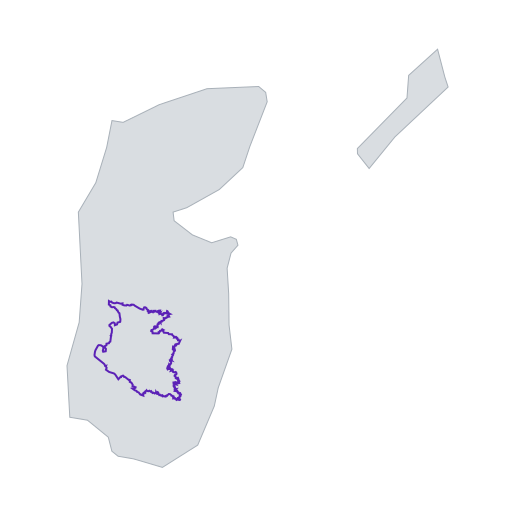 Nablus, West Bank, Palestine (highlighted), rotated 183°
{"feature_id": "87354302B42764778113026", "entity_name": "Nablus", "entity_type": "district", "adm_level": 2, "iso_a3": "PSE", "parent_name": "Palestine", "parent_adm1": "West Bank", "projection": "natural_earth1", "projection_center": [35.262, 32.179], "detail": "fine", "context": "in_parent", "style": "outline", "palette": "violet", "viewbox_px": 512, "rotation_deg": 183, "n_neighbors": 0, "source": "geoboundaries", "source_scale": "gbopen_adm2", "svg_char_len": 6817}
<svg xmlns="http://www.w3.org/2000/svg" viewBox="0 0 512 512"><g transform="rotate(183 256 256)"><path d="M433.5,85.2L439.0,136.6L429.1,180.5L428.3,219.0L435.7,290.5L419.8,320.8L410.8,356.6L406.9,383.7L395.7,382.5L360.5,402.1L313.7,420.5L262.2,425.4L254.9,419.9L252.9,410.6L267.9,365.0L273.8,343.6L296.1,320.5L327.7,300.6L341.1,295.5L339.6,286.9L320.7,273.8L301.0,266.9L282.3,273.8L276.5,271.6L274.6,265.8L281.1,257.6L284.2,242.3L281.3,216.8L279.3,185.7L275.2,161.7L286.8,122.5L289.8,103.9L304.3,64.1L338.4,40.0L367.7,47.0L383.2,48.8L389.7,53.5L394.0,67.3L415.7,83.2L433.5,85.2ZM147.6,349.3L160.0,363.4L160.4,368.6L113.5,421.7L113.0,444.4L85.5,472.0L76.8,444.6L73.0,434.8L123.5,382.2L147.6,349.3Z" fill="#d9dde1" stroke="#a8b0b8" stroke-width="1"/><path d="M409.1,158.2L411.4,153.5L411.8,151.9L412.1,148.7L411.7,147.3L402.3,140.5L401.6,139.8L400.9,138.3L400.1,138.5L400.3,138.1L399.3,136.5L399.9,134.6L396.6,132.5L391.7,131.3L390.4,130.3L387.0,125.7L385.2,127.9L384.5,128.0L384.6,128.6L382.5,129.6L381.8,129.1L381.5,128.4L380.2,128.2L377.2,126.0L375.7,125.6L376.0,125.0L375.1,124.2L375.3,123.6L373.7,122.9L372.4,121.0L372.5,119.1L371.0,119.2L370.4,119.0L370.2,118.4L369.4,118.5L369.4,118.2L370.0,117.8L370.6,118.0L370.8,116.8L371.9,116.8L370.1,115.6L368.2,115.0L367.8,114.2L366.0,113.6L364.7,112.0L364.0,111.9L364.0,111.5L361.3,110.7L361.7,112.1L361.5,112.6L361.0,112.4L360.8,112.8L361.1,113.4L360.5,113.9L359.9,113.8L359.8,114.2L359.4,113.9L359.3,115.0L358.4,116.0L358.3,115.7L356.5,115.3L355.4,115.9L354.1,115.0L353.6,115.5L352.2,113.8L351.5,114.2L349.9,113.4L349.1,114.2L348.6,114.0L348.6,114.7L347.6,113.1L347.2,113.1L347.2,114.2L347.4,114.2L347.3,114.9L347.1,115.0L346.7,114.6L347.1,114.1L346.8,113.5L346.2,113.6L345.4,112.1L344.6,112.4L344.2,111.8L343.3,111.6L343.3,111.9L342.3,112.1L341.9,111.1L341.4,111.4L341.0,111.1L339.0,110.9L339.0,111.4L338.4,111.5L338.6,111.7L336.7,112.7L335.9,113.6L334.7,113.6L333.1,112.5L333.1,112.1L332.0,111.8L331.2,110.2L331.2,109.6L330.7,109.8L330.5,110.5L330.0,109.5L329.5,109.9L328.1,109.1L327.8,108.7L328.2,108.5L327.9,108.1L327.2,108.5L324.6,108.2L324.3,108.7L324.7,109.2L325.4,109.2L325.9,108.8L325.7,108.6L326.7,108.5L326.4,108.7L326.5,110.2L325.5,110.4L325.0,110.9L325.1,111.4L324.6,111.7L324.8,112.5L324.0,112.6L324.0,113.3L323.7,113.8L324.0,114.1L324.8,113.1L325.0,113.4L324.4,114.0L324.6,115.1L326.1,115.0L325.9,115.5L326.6,116.0L327.2,115.9L327.7,116.4L327.4,116.9L327.6,117.4L328.1,117.7L328.9,117.4L328.9,116.9L330.1,117.0L329.5,118.4L328.9,119.0L330.2,118.8L330.0,120.2L330.7,120.5L330.7,121.1L330.2,120.9L330.3,121.2L330.5,121.6L331.1,121.5L331.5,121.9L330.6,122.9L330.7,123.5L330.3,123.9L329.5,123.7L330.1,124.3L331.6,124.1L331.7,124.8L331.2,124.6L331.1,124.9L330.4,125.2L330.8,125.6L329.6,125.9L328.6,125.1L328.2,125.2L327.8,124.7L327.0,125.6L326.4,124.9L326.2,125.0L326.5,125.3L325.9,126.9L326.3,127.4L326.7,126.8L327.2,127.1L326.7,127.8L326.9,128.6L327.2,128.5L327.6,129.0L327.4,129.5L327.6,130.3L328.6,130.1L328.1,129.7L328.3,129.1L328.7,129.5L329.2,129.5L329.7,129.8L329.5,130.4L329.9,130.6L330.0,131.2L331.0,132.0L330.6,132.5L330.7,132.9L329.4,133.6L329.2,134.3L329.6,135.6L330.3,136.0L331.1,135.5L332.6,135.8L332.6,136.2L333.5,136.8L333.3,137.2L333.6,137.4L335.0,136.9L334.8,137.4L335.1,137.6L334.1,137.4L333.5,137.9L334.0,138.1L333.9,138.5L334.6,138.6L335.1,138.1L335.7,138.7L336.3,138.7L335.9,139.5L336.5,140.3L336.7,140.1L336.6,139.4L337.3,139.0L337.2,138.5L337.8,138.4L337.9,138.9L338.2,139.1L338.5,138.6L338.8,139.2L338.2,141.4L337.6,141.8L337.4,142.5L336.7,140.7L336.5,140.8L337.1,142.9L336.2,143.5L335.8,143.3L335.1,144.7L335.3,145.7L336.4,146.7L336.5,147.1L336.1,147.1L335.3,146.2L336.2,147.9L336.0,148.2L335.5,147.0L335.3,147.5L334.9,147.4L335.3,147.8L334.8,148.2L335.2,148.7L335.1,149.2L334.6,149.8L334.9,150.4L334.5,150.7L334.6,151.0L333.7,152.7L334.4,153.3L333.2,154.3L333.3,155.5L332.5,156.8L332.5,157.3L332.0,157.4L332.2,158.4L332.9,158.3L333.4,157.8L334.2,158.4L334.1,161.0L332.8,160.4L332.8,161.6L331.5,162.3L331.8,163.3L332.0,163.2L331.8,163.6L331.0,163.7L330.7,163.2L330.1,164.2L328.6,164.2L327.4,167.3L328.0,166.9L328.8,168.3L329.5,168.0L329.5,168.5L330.4,169.1L330.2,169.6L330.5,169.7L330.7,169.3L331.0,169.5L331.2,170.2L330.9,170.5L331.5,171.0L333.0,170.4L333.1,170.8L333.5,170.6L333.4,171.1L335.5,172.7L335.7,173.4L339.0,173.4L339.7,174.5L344.0,174.6L344.8,176.1L345.6,176.7L344.6,177.3L345.8,177.9L347.5,175.8L348.1,176.0L348.4,175.2L349.2,174.9L348.9,173.8L349.1,173.6L355.2,173.4L355.3,174.7L356.8,175.6L356.5,176.6L355.4,176.9L354.0,178.0L354.0,180.1L353.7,180.4L353.0,180.5L352.4,179.8L353.1,178.7L352.7,178.4L352.2,178.9L352.1,179.4L351.8,179.3L351.3,180.0L350.5,179.8L350.4,180.1L351.0,181.0L350.5,182.0L350.8,182.1L350.7,182.7L349.5,183.2L349.9,183.9L349.2,184.7L348.3,184.9L347.9,184.5L348.0,185.1L346.8,185.5L346.9,186.2L346.2,186.2L344.4,187.2L344.3,187.9L344.8,188.2L344.9,189.2L343.1,189.1L342.7,189.7L342.2,189.6L341.5,190.1L341.4,190.7L341.2,190.5L339.5,190.9L339.9,191.6L340.4,191.7L340.7,192.0L340.3,192.3L340.4,193.2L338.9,193.6L339.8,194.0L340.3,193.5L340.4,194.5L341.2,194.6L341.4,195.0L341.1,195.6L341.6,196.3L341.9,196.4L342.0,195.2L341.6,195.3L341.6,194.8L342.3,194.5L342.1,194.0L342.7,194.0L342.8,194.4L343.7,194.4L344.2,194.1L344.6,194.3L344.8,194.1L344.7,193.7L345.0,193.4L345.2,193.6L345.6,193.0L345.2,193.7L345.5,193.9L346.2,192.6L345.8,192.4L345.9,192.0L346.5,191.9L346.9,193.0L348.3,193.2L348.3,193.5L348.8,193.3L348.6,193.9L349.5,193.1L349.8,193.7L349.2,194.3L349.9,194.0L350.2,194.2L348.8,195.0L349.2,195.4L349.0,196.4L349.8,196.2L350.6,196.9L350.3,196.3L352.2,195.3L351.6,194.9L353.5,195.5L353.6,196.0L354.9,195.9L354.4,195.2L354.9,194.9L355.8,194.9L356.0,194.5L357.5,195.6L357.8,195.2L358.6,195.5L358.7,195.1L359.0,195.4L359.2,195.1L358.3,194.5L359.2,194.2L360.1,193.5L360.3,193.6L360.3,194.6L361.2,195.3L360.9,196.0L361.1,196.6L362.0,196.9L362.7,197.7L362.6,198.1L363.6,198.9L364.9,198.9L365.6,197.4L365.5,196.6L366.2,196.4L369.4,197.4L374.4,200.0L375.6,200.9L377.7,201.0L378.2,200.8L378.1,200.3L379.4,199.9L382.2,200.5L382.8,199.8L385.1,199.8L386.8,200.3L386.8,201.7L388.6,201.3L392.8,202.2L393.5,201.6L395.2,201.4L397.2,201.9L398.1,202.9L399.2,202.6L400.5,203.3L400.4,199.8L398.8,199.1L398.7,198.0L397.1,197.3L395.3,197.6L394.4,197.3L394.2,196.6L392.7,195.6L392.1,194.5L391.4,194.4L390.4,192.4L389.4,191.7L388.8,188.3L388.1,185.9L388.1,183.6L388.2,183.1L390.8,182.3L391.2,180.4L393.3,179.5L393.5,181.4L394.8,182.2L396.4,181.7L398.8,179.4L398.7,178.5L396.9,177.1L396.6,176.4L396.0,175.8L396.0,171.9L396.5,170.4L396.4,168.9L396.8,168.7L396.6,168.4L397.0,162.9L397.9,162.3L398.3,161.2L400.7,160.6L400.7,159.0L402.4,158.0L402.1,156.6L401.0,155.4L401.1,153.0L403.6,152.4L404.0,153.3L403.5,156.3L404.2,157.6L406.1,158.7L408.3,158.8L409.1,158.2Z" fill="none" stroke="#5b21b6" stroke-width="2"/></g></svg>